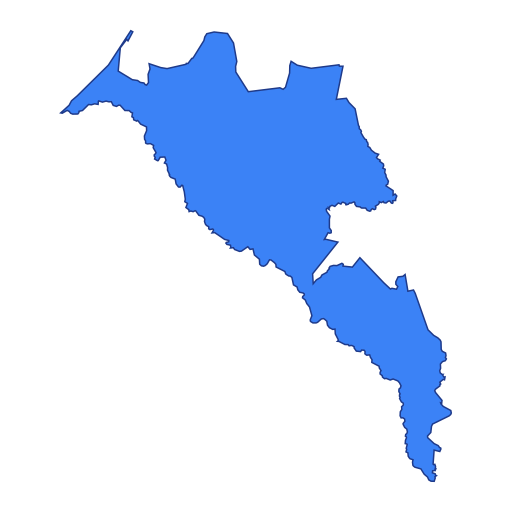 the district of Amatlán de Cañas, Nayarit, Mexico
{"feature_id": "50627088B27678172888036", "entity_name": "Amatlán de Cañas", "entity_type": "district", "adm_level": 2, "iso_a3": "MEX", "parent_name": "Mexico", "parent_adm1": "Nayarit", "projection": "robinson", "projection_center": [-104.374, 20.799], "detail": "fine", "context": "isolated", "style": "filled", "palette": "blue", "viewbox_px": 512, "rotation_deg": 0, "n_neighbors": 0, "source": "geoboundaries", "source_scale": "gbopen_adm2", "svg_char_len": 6064}
<svg xmlns="http://www.w3.org/2000/svg" viewBox="0 0 512 512"><path d="M439.8,382.2L443.3,379.3L444.5,379.8L444.9,377.9L445.0,376.9L444.1,377.2L443.0,375.7L442.6,374.9L443.0,374.4L442.1,374.4L440.3,373.0L439.7,370.8L440.6,368.3L440.4,364.0L442.5,361.6L445.3,360.7L446.4,358.9L445.4,357.6L446.0,355.7L445.6,353.0L442.3,351.3L441.2,349.4L441.0,341.8L440.2,340.1L437.9,337.9L433.7,335.4L428.0,329.8L415.2,293.3L413.5,290.0L407.9,291.2L405.1,274.5L402.9,276.3L398.1,276.9L395.8,281.8L395.9,284.4L397.8,286.5L396.5,289.2L391.9,288.3L390.4,289.0L383.7,282.7L359.9,257.7L352.4,267.1L343.0,266.1L343.3,264.3L341.9,263.3L336.9,265.6L333.5,265.4L330.1,266.4L329.0,268.1L329.4,268.7L327.5,270.7L326.9,272.3L321.9,275.0L320.7,277.3L316.4,279.9L313.2,283.7L312.6,273.8L337.9,242.1L325.9,239.3L324.3,239.5L328.1,232.7L329.8,233.2L331.2,232.7L331.2,230.5L329.4,227.9L329.4,219.2L330.0,216.1L326.6,211.3L326.2,209.4L326.6,208.5L327.4,208.4L329.1,209.5L328.4,207.4L329.5,207.7L329.8,206.4L332.0,205.3L334.8,206.4L338.3,203.0L340.9,204.1L342.1,202.4L343.0,202.2L345.8,203.5L345.8,204.7L346.3,204.8L348.3,204.2L349.5,203.0L351.1,203.1L354.0,201.9L354.8,202.5L355.0,204.4L356.5,206.4L360.1,206.9L361.4,208.0L365.7,208.1L367.2,210.3L369.7,211.2L370.7,210.9L371.1,209.7L372.4,208.7L374.2,209.6L375.5,209.1L375.9,207.4L375.4,206.2L378.4,204.3L379.3,202.9L379.3,201.7L381.3,202.6L383.3,201.5L384.0,202.7L386.0,203.0L388.3,201.2L389.8,201.0L391.4,203.1L392.6,203.3L393.0,202.4L392.7,200.7L395.6,200.5L395.7,198.8L396.8,196.0L395.1,194.0L393.1,195.2L393.1,190.6L386.0,185.9L386.3,185.0L387.7,184.2L388.4,181.2L386.1,176.8L386.0,175.0L384.7,172.6L385.2,169.3L382.8,168.1L383.7,165.8L383.4,164.0L379.7,161.3L380.2,160.1L377.5,158.8L376.5,157.5L378.6,154.3L375.1,153.1L371.4,150.2L369.8,147.5L367.8,146.4L368.1,144.5L367.6,142.4L366.7,141.6L366.3,139.7L364.9,139.1L363.4,137.0L360.9,132.6L361.4,131.4L360.7,129.9L359.3,128.7L359.2,126.5L358.5,125.5L355.1,108.8L349.0,102.6L346.4,98.3L336.3,99.4L343.0,66.2L339.4,66.2L339.0,64.8L311.2,68.3L297.3,65.2L291.1,61.3L289.8,65.6L289.6,73.1L285.5,87.3L283.1,89.3L279.9,87.8L248.3,91.7L235.8,72.0L235.6,66.4L236.8,61.5L233.5,43.0L227.5,33.5L214.1,32.0L206.8,33.7L204.8,36.9L203.9,40.6L193.7,57.0L192.6,58.4L191.8,58.4L188.0,63.5L186.3,63.4L186.0,64.3L167.1,68.6L160.8,67.6L149.1,63.7L150.0,69.0L148.1,74.3L148.5,82.6L146.6,85.1L145.1,84.6L144.0,83.0L140.3,82.4L137.6,80.5L132.3,79.7L118.2,71.1L120.3,47.8L126.7,39.4L128.0,40.9L132.8,31.8L130.8,30.7L108.4,65.1L77.3,95.8L71.5,100.8L69.1,105.3L60.7,112.9L62.3,113.2L67.1,110.4L69.2,111.4L70.7,113.3L72.7,114.1L77.8,114.0L78.9,112.6L79.0,111.3L82.5,110.5L88.6,104.5L91.4,104.8L94.6,103.8L98.1,104.4L98.4,101.2L98.8,100.9L102.4,102.1L106.1,101.1L108.8,101.8L111.3,101.7L113.2,105.4L116.5,106.4L118.6,105.2L120.1,105.2L124.9,110.5L129.2,110.6L131.1,112.4L132.5,112.9L131.9,116.8L133.4,117.6L133.7,119.8L136.7,121.1L137.3,120.5L138.2,121.0L140.6,124.1L146.5,126.9L146.6,130.7L144.4,136.0L144.6,139.3L145.6,140.9L145.6,142.9L146.0,143.4L147.4,143.9L150.4,143.6L153.6,145.4L153.2,147.7L156.0,152.5L155.6,153.6L154.3,154.7L154.2,156.0L155.2,157.4L154.6,159.0L157.5,160.7L158.2,160.6L160.2,157.2L164.8,157.0L166.0,160.2L164.4,163.0L166.6,164.0L167.6,167.6L167.5,170.2L169.6,174.7L169.2,175.0L169.7,176.1L170.9,177.4L175.2,179.1L176.1,183.9L178.5,187.0L180.1,187.1L181.9,185.2L182.7,185.6L184.3,191.8L185.3,199.2L184.8,201.7L187.5,203.4L185.9,207.5L188.8,209.7L189.1,211.6L190.9,211.0L193.1,211.7L195.1,210.7L195.8,211.0L198.9,215.3L201.9,216.1L203.7,217.3L204.8,219.2L204.5,221.5L205.4,224.1L206.5,225.5L208.7,226.7L208.7,228.8L209.9,229.6L212.7,229.0L213.4,229.5L213.4,230.5L212.0,232.9L214.7,232.6L224.6,239.4L228.8,240.5L228.7,241.8L226.3,242.4L225.9,243.1L226.9,244.4L230.5,245.2L230.8,247.3L230.4,248.0L233.4,247.7L234.6,249.5L239.5,251.4L241.5,251.1L247.8,246.7L250.1,249.4L253.0,248.9L254.4,255.0L259.4,259.2L259.7,264.2L261.4,265.8L263.6,266.2L265.3,265.5L267.2,263.8L269.5,259.8L271.0,260.0L274.5,262.7L275.9,264.4L276.1,267.0L284.9,271.5L285.7,273.9L286.7,274.7L288.8,276.0L290.3,276.1L291.9,277.5L293.5,284.9L297.1,287.0L297.8,289.8L299.8,292.3L302.9,292.9L304.3,294.0L304.3,295.0L302.7,296.5L302.5,297.8L305.3,300.0L306.8,303.6L309.5,307.0L311.9,315.7L310.3,319.7L310.3,321.0L310.9,321.7L312.9,322.9L316.1,322.9L317.6,322.3L321.3,319.0L323.5,318.6L324.7,319.3L326.8,321.2L327.5,325.2L329.4,327.7L332.7,329.4L335.0,329.1L335.3,333.9L338.1,339.4L338.3,340.5L337.5,341.3L338.9,341.4L344.9,344.5L348.2,344.6L349.1,345.8L351.2,345.4L352.4,345.7L354.2,346.8L354.1,347.9L356.3,351.1L360.6,351.6L361.6,350.1L364.1,350.2L365.1,351.5L364.9,353.7L365.3,354.2L366.7,355.2L369.7,354.9L370.4,357.3L372.0,359.7L371.8,362.4L379.1,366.2L379.3,368.0L381.0,370.6L380.1,372.4L380.1,374.0L382.2,375.6L382.5,377.1L384.5,378.7L386.2,378.4L390.2,380.0L393.1,379.0L397.8,380.9L399.5,382.8L401.0,385.8L400.4,387.9L399.1,388.9L398.9,390.0L398.9,391.7L400.1,393.9L399.5,394.8L399.5,396.3L400.1,397.2L399.6,398.6L401.4,401.9L403.1,403.0L403.4,404.1L403.1,405.3L401.6,406.7L401.8,409.4L400.3,411.8L400.1,415.8L401.1,417.9L402.9,417.8L404.6,419.0L404.9,421.2L403.1,423.5L403.2,424.5L404.7,427.4L406.8,429.1L407.4,432.0L406.7,433.7L405.7,434.4L405.4,436.2L406.3,436.8L406.5,437.8L405.5,440.2L405.2,443.6L406.9,444.0L407.2,444.6L406.2,448.3L406.7,449.3L406.0,451.9L407.9,452.8L408.2,456.2L409.2,457.8L410.1,458.8L413.0,459.7L412.5,462.2L412.9,465.3L413.5,466.1L414.9,467.2L420.9,468.9L424.2,474.2L427.5,477.0L428.8,479.9L431.0,481.2L434.2,481.3L435.2,478.2L435.0,476.5L436.4,475.7L435.7,475.3L435.2,473.8L432.4,472.8L432.6,470.8L434.8,470.5L435.1,469.2L435.4,469.9L435.9,468.6L435.4,468.3L435.5,466.2L434.8,464.3L433.8,464.7L433.1,464.1L434.1,450.1L439.8,451.5L440.9,449.0L440.7,448.0L439.6,447.6L438.2,445.6L434.1,443.6L427.7,437.7L427.5,436.0L430.8,432.5L431.5,426.3L432.6,424.0L449.1,415.9L450.7,414.5L451.3,413.0L450.8,410.5L443.2,406.4L440.9,403.8L440.6,402.8L441.7,403.1L442.0,400.4L435.6,392.6L434.7,390.7L435.5,389.2L439.9,385.9L439.9,384.5L440.7,384.0L439.8,382.2Z" fill="#3b82f6" stroke="#1e3a8a" stroke-width="1.5"/></svg>